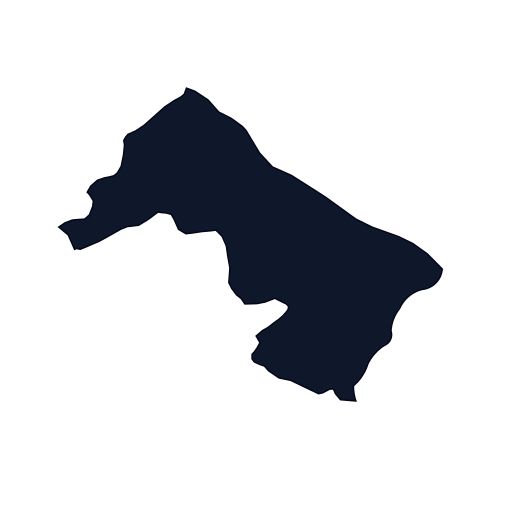 Jarablus, Aleppo, Syria, rotated 53°
{"feature_id": "27442178B60985416821817", "entity_name": "Jarablus", "entity_type": "district", "adm_level": 2, "iso_a3": "SYR", "parent_name": "Syria", "parent_adm1": "Aleppo", "projection": "robinson", "projection_center": [38.008, 36.678], "detail": "fine", "context": "isolated", "style": "filled", "palette": "ink", "viewbox_px": 512, "rotation_deg": 53, "n_neighbors": 0, "source": "geoboundaries", "source_scale": "gbopen_adm2", "svg_char_len": 5917}
<svg xmlns="http://www.w3.org/2000/svg" viewBox="0 0 512 512"><g transform="rotate(53 256 256)"><path d="M141.5,396.9L142.1,394.6L144.8,392.4L146.2,387.2L149.9,372.0L151.7,359.3L153.2,347.8L155.0,341.2L160.8,331.2L161.9,320.0L161.9,307.8L164.4,305.4L167.6,301.8L171.8,298.6L177.3,299.3L188.1,301.8L196.0,298.6L199.3,293.0L203.9,284.5L208.3,277.5L211.2,272.4L219.9,271.2L230.1,273.6L239.7,278.9L249.8,284.0L260.9,293.7L267.4,294.9L275.5,294.9L281.1,293.4L287.6,293.7L294.5,284.0L298.2,276.5L301.1,266.4L306.2,263.9L312.7,260.6L315.6,260.3L317.6,261.9L318.7,264.5L320.0,270.6L320.3,276.3L320.2,282.0L320.3,289.5L319.5,295.7L320.0,304.0L327.6,305.0L330.1,310.5L331.6,315.1L332.1,318.2L335.8,321.1L339.5,321.1L344.5,318.5L348.9,315.5L355.3,315.0L367.2,311.0L376.2,303.1L388.6,296.7L403.6,288.9L405.4,285.1L406.7,277.2L408.8,274.2L413.8,275.4L421.6,275.0L431.9,263.5L431.4,263.3L431.0,263.2L430.5,263.0L429.9,262.8L429.5,262.7L429.1,262.5L428.6,262.3L428.2,262.1L427.8,261.9L427.3,261.7L426.9,261.5L426.5,261.3L426.0,261.1L425.5,260.9L425.1,260.6L424.7,260.4L424.2,260.2L423.8,260.0L423.4,259.7L422.9,259.4L422.5,259.2L422.1,258.9L421.7,258.7L421.3,258.4L420.9,258.2L420.5,257.9L420.1,257.6L419.8,257.4L419.4,257.1L419.0,256.8L418.6,256.5L418.3,256.2L418.2,255.4L418.1,254.6L418.1,254.1L418.0,253.6L417.9,252.8L417.8,252.0L417.7,251.2L417.6,250.4L417.5,249.9L417.3,249.4L417.2,248.6L417.0,247.8L416.9,247.3L416.7,246.8L416.5,246.0L416.3,245.3L416.0,244.5L415.8,243.8L415.5,243.0L415.2,242.3L414.9,241.5L414.6,240.8L414.3,240.1L414.0,239.3L413.8,238.8L413.4,238.1L413.0,237.4L412.8,236.9L412.5,236.5L412.2,235.8L411.8,235.1L411.3,234.4L410.9,233.7L410.5,233.0L410.0,232.4L409.6,231.7L409.3,231.3L409.1,230.8L408.9,230.3L408.6,229.9L408.4,229.4L408.2,228.9L408.0,228.4L407.8,227.9L407.6,227.5L407.4,227.0L407.2,226.5L407.1,226.0L406.9,225.5L406.7,225.0L406.6,224.5L406.4,224.0L406.3,223.5L406.1,223.0L406.0,222.5L405.9,222.0L405.7,221.5L405.6,221.0L405.5,220.3L405.4,219.7L405.3,219.2L405.2,218.7L405.1,218.2L405.0,217.4L404.9,216.9L404.8,216.4L404.7,215.6L404.7,215.1L404.7,214.6L404.6,214.4L404.6,213.8L404.6,213.3L404.6,213.1L404.5,212.5L404.5,212.0L404.5,211.5L404.5,211.2L404.5,210.7L404.5,210.2L404.5,209.7L404.5,209.4L404.6,208.9L404.6,208.7L404.6,208.1L404.7,207.6L404.7,206.8L404.8,206.7L404.8,206.3L404.9,206.0L404.9,205.7L405.0,205.5L405.0,205.2L405.0,204.6L405.0,204.3L405.0,204.0L405.0,203.6L405.0,203.4L404.9,202.9L404.9,202.4L404.8,202.1L404.8,201.9L404.7,201.7L404.7,201.4L404.6,201.1L404.5,200.9L404.5,200.7L404.3,200.4L404.2,199.9L404.0,199.5L403.8,199.2L403.6,198.8L403.6,198.7L403.4,198.4L403.2,198.1L403.0,197.8L402.8,197.5L402.6,197.2L402.4,197.0L402.2,196.7L401.9,196.5L401.7,196.2L401.3,195.8L401.1,195.6L400.8,195.4L400.5,195.2L400.2,194.9L400.0,194.7L399.8,194.6L399.5,194.5L399.2,194.3L398.9,194.1L398.4,193.9L398.1,193.7L397.6,193.5L397.3,193.4L397.0,193.2L396.4,192.8L396.1,192.4L395.7,192.1L395.3,191.8L394.8,191.2L394.5,190.9L394.1,190.5L393.8,190.2L393.3,189.6L393.0,189.3L392.6,188.9L392.3,188.5L391.9,188.0L391.6,187.6L391.1,187.0L390.8,186.6L390.5,186.2L390.1,185.6L389.7,185.0L389.4,184.6L389.2,184.2L388.8,183.5L388.5,183.1L388.3,182.7L388.1,182.3L387.8,181.8L387.5,181.2L387.3,180.8L387.1,180.3L386.7,179.7L386.5,179.2L386.4,178.8L386.1,178.1L385.9,177.7L385.7,177.2L385.6,176.7L385.4,176.3L385.2,175.8L385.1,175.4L384.9,174.7L384.7,174.0L384.5,173.5L384.4,173.0L384.1,172.5L383.8,171.9L383.7,171.6L383.4,171.1L383.1,170.5L383.0,170.2L382.7,169.6L382.5,169.1L382.4,168.8L382.2,168.2L382.0,167.6L381.7,167.0L381.7,166.7L381.6,166.4L381.4,165.8L381.3,165.5L381.1,164.9L381.0,164.3L380.9,164.0L380.8,163.4L380.7,163.1L380.6,162.7L380.5,162.1L380.5,161.8L380.4,161.2L380.3,160.6L380.3,160.3L380.2,159.6L380.2,159.3L380.1,158.7L380.1,158.4L380.1,157.8L380.1,157.5L380.0,156.8L380.0,156.5L380.0,156.2L380.1,155.6L380.1,155.0L380.1,154.6L380.1,154.0L380.2,153.7L380.2,153.4L380.2,152.8L380.3,152.1L380.4,151.8L380.5,151.2L380.5,150.9L380.6,150.3L380.7,150.0L380.8,149.4L380.9,148.8L381.0,148.4L381.1,148.1L381.2,147.5L381.4,146.9L381.6,146.3L381.7,146.0L381.9,145.4L382.1,144.8L382.2,144.6L382.4,144.0L382.7,143.4L382.8,143.1L383.0,142.8L383.1,142.5L383.3,142.2L383.5,141.9L383.6,141.6L383.8,141.3L383.9,141.0L384.1,140.7L384.2,140.4L384.3,140.0L384.5,139.7L384.6,139.4L384.7,139.1L384.8,138.8L384.9,138.4L385.0,138.1L385.1,137.8L385.2,137.5L385.3,137.1L385.4,136.8L385.4,136.5L385.5,136.1L385.6,135.8L385.6,135.5L385.7,135.1L385.7,134.8L385.8,134.5L385.8,134.1L385.9,133.8L385.9,133.5L385.9,133.1L385.9,132.8L385.9,132.4L386.0,132.1L386.0,131.8L386.0,131.4L385.9,131.1L385.9,130.7L385.9,130.4L385.9,130.1L385.9,129.7L385.8,129.4L385.8,129.1L385.7,128.7L385.7,128.4L385.6,128.0L385.6,127.7L385.5,127.4L385.4,127.0L385.4,126.7L385.3,126.4L385.2,126.1L385.1,125.7L385.0,125.4L384.9,125.1L384.8,124.8L384.7,124.4L384.6,124.1L384.5,123.8L384.3,123.5L384.2,123.2L384.1,122.9L383.9,122.5L383.8,122.2L383.6,121.9L383.5,121.6L383.3,121.3L383.2,121.0L383.0,120.7L382.8,120.4L382.6,120.1L382.5,119.8L382.3,119.6L382.1,119.3L381.9,119.0L381.7,118.7L381.5,118.4L381.3,118.2L381.1,117.9L380.8,117.6L380.6,117.4L380.4,117.1L380.2,116.9L379.9,116.6L379.7,116.4L379.5,116.1L379.2,115.9L379.0,115.6L378.7,115.4L378.3,115.1L357.5,117.9L352.9,119.3L351.5,119.8L340.6,123.2L326.1,130.6L303.0,145.8L286.7,154.0L250.8,165.1L241.3,168.6L213.0,179.2L208.1,181.9L194.8,189.3L175.8,191.2L149.6,188.4L144.1,189.0L138.5,190.7L131.1,193.0L118.7,199.1L102.5,200.4L87.7,205.6L80.1,210.5L83.6,215.9L83.8,220.2L82.7,227.8L82.0,238.8L84.3,266.8L83.7,276.9L81.8,285.0L82.6,288.5L84.1,292.0L88.3,294.3L95.4,300.8L103.3,309.7L106.2,316.7L106.4,321.2L104.7,325.3L102.3,330.3L100.1,337.1L100.7,345.7L103.5,352.4L106.8,352.0L114.1,352.7L118.1,356.5L122.9,364.3L123.4,370.7L119.4,376.8L116.8,381.0L114.6,388.5L114.2,396.1L117.1,395.4L126.2,393.3L132.2,394.7L141.5,396.9Z" fill="#0f172a" stroke="#020617" stroke-width="1.5"/></g></svg>